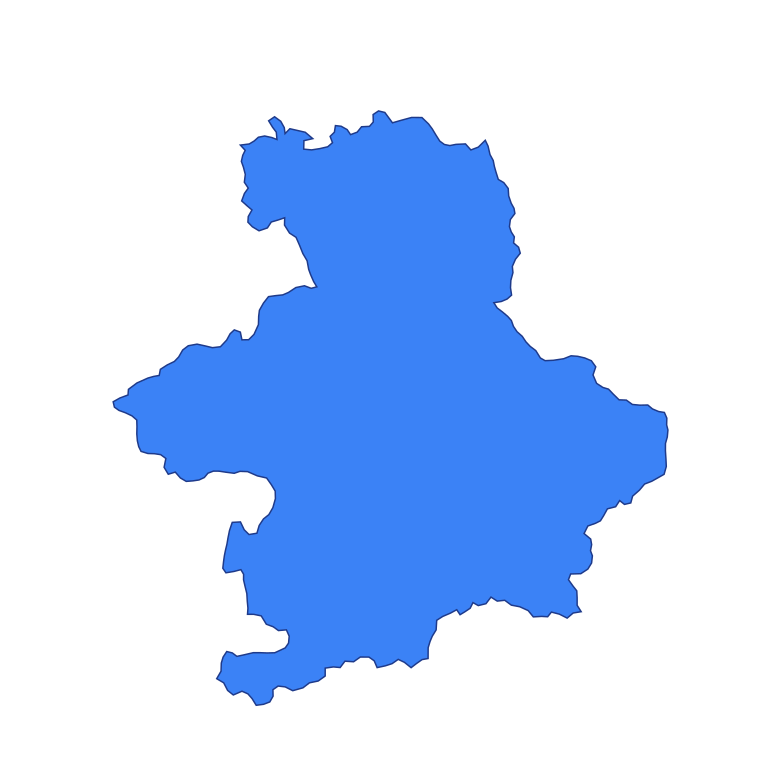 Lavras, Minas Gerais, Brazil (orthographic projection), rotated 257°
{"feature_id": "56859067B96133552143909", "entity_name": "Lavras", "entity_type": "district", "adm_level": 2, "iso_a3": "BRA", "parent_name": "Brazil", "parent_adm1": "Minas Gerais", "projection": "orthographic", "projection_center": [-45.035, -21.263], "detail": "fine", "context": "isolated", "style": "filled", "palette": "blue", "viewbox_px": 768, "rotation_deg": 257, "n_neighbors": 0, "source": "geoboundaries", "source_scale": "gbopen_adm2", "svg_char_len": 4488}
<svg xmlns="http://www.w3.org/2000/svg" viewBox="0 0 768 768"><g transform="rotate(257 384 384)"><path d="M268.6,648.1L275.3,650.3L280.6,650.2L287.1,651.9L293.2,650.8L295.4,645.4L299.3,640.0L304.2,636.3L305.8,628.6L308.2,621.4L313.8,616.5L315.7,609.5L322.9,604.9L328.5,601.6L331.4,596.5L336.8,591.3L345.8,589.7L353.1,594.2L360.0,591.3L364.2,585.5L367.4,579.0L369.4,572.6L368.2,564.7L369.0,554.4L370.5,546.2L374.2,542.2L382.4,539.4L387.8,534.9L393.1,531.8L399.4,529.4L405.0,525.4L411.0,523.1L417.2,522.4L422.1,519.7L427.7,515.5L432.6,511.4L438.5,509.3L438.0,516.9L439.1,523.1L441.9,528.3L449.3,528.9L456.4,530.9L463.5,534.7L469.7,535.5L476.0,540.2L480.8,546.2L487.0,545.9L492.3,542.0L498.1,544.1L503.5,542.2L509.1,541.6L515.8,544.1L520.7,549.9L525.9,550.2L531.5,548.6L539.2,547.8L546.6,549.0L553.3,546.0L557.6,541.4L565.2,540.8L571.2,540.5L577.2,540.7L583.7,538.9L592.4,538.9L598.7,537.5L593.6,529.2L592.5,521.3L599.6,517.4L601.3,508.0L601.5,501.8L603.8,496.7L608.1,493.0L614.9,490.6L621.7,488.4L627.4,485.9L635.1,480.9L637.5,470.9L637.1,460.5L636.6,451.0L648.4,445.9L651.3,440.1L649.0,434.0L641.7,432.5L638.3,427.8L639.7,420.0L635.4,414.5L634.5,407.5L640.2,405.3L644.8,400.2L646.7,394.8L640.5,392.3L637.4,387.2L630.7,388.1L627.8,382.5L627.8,374.3L628.4,366.1L630.9,358.6L639.1,360.7L639.1,369.8L647.0,363.9L651.0,355.7L653.9,349.7L650.2,343.9L656.2,344.5L663.2,342.5L669.0,337.5L666.4,330.8L659.2,333.2L653.6,335.7L646.3,334.7L649.4,330.1L652.5,323.5L652.7,317.1L650.0,312.2L648.2,306.7L649.1,297.8L642.9,301.3L638.6,297.8L633.0,295.1L626.8,295.8L619.4,296.0L612.0,293.3L605.4,295.8L601.1,290.9L594.4,286.5L588.1,290.9L583.3,294.5L577.7,289.4L572.3,287.8L566.8,291.1L561.4,296.7L562.3,305.5L567.2,310.6L567.6,317.3L568.3,324.6L561.2,322.8L552.3,325.9L546.7,331.3L538.2,332.9L529.3,334.3L521.4,336.8L512.6,336.4L507.0,337.1L499.6,338.5L493.8,340.4L493.6,334.6L497.6,328.6L497.8,319.8L494.7,311.5L493.6,305.4L494.5,298.1L495.1,291.1L489.9,284.7L483.9,279.2L478.1,277.1L470.1,275.0L461.6,268.5L457.6,262.1L459.0,255.5L466.9,255.7L470.4,250.3L467.6,245.4L462.2,240.6L457.1,233.0L458.0,225.0L461.3,218.4L464.9,210.8L465.3,201.9L462.4,195.5L456.5,190.0L453.1,184.8L451.4,177.2L448.6,169.4L442.9,166.9L443.2,161.2L442.9,155.3L440.6,143.5L436.3,133.8L430.9,132.1L429.8,123.6L427.6,116.1L422.1,116.1L417.9,119.8L414.2,125.5L409.6,131.3L404.5,135.0L398.0,133.7L390.9,131.9L384.1,130.9L378.1,130.9L373.0,132.1L369.4,138.3L367.7,144.7L365.4,150.5L360.5,154.7L352.3,151.0L344.6,153.5L345.1,160.8L338.2,164.5L333.6,169.4L332.6,176.0L332.1,182.2L333.3,187.9L336.7,192.4L337.5,198.2L336.2,203.6L333.5,210.4L330.7,218.0L331.3,224.0L329.3,231.4L323.0,239.9L318.8,248.5L311.2,251.6L304.1,253.9L296.7,252.4L288.5,247.9L282.6,242.4L279.7,236.3L274.3,230.6L267.2,226.6L267.7,218.6L273.4,215.0L281.9,213.1L283.3,205.0L276.0,200.5L269.2,197.4L263.2,194.9L257.8,192.2L252.5,189.8L247.0,187.7L240.7,185.5L235.6,187.5L235.1,195.6L235.3,202.8L230.2,204.4L224.8,203.1L218.1,203.1L210.6,203.2L203.0,201.9L196.2,201.0L190.3,199.2L188.9,205.2L185.7,212.2L176.4,215.3L172.4,221.4L167.5,225.7L166.4,233.6L159.6,234.9L153.0,232.7L149.1,228.4L147.9,222.9L146.7,217.1L148.2,209.7L150.1,202.7L151.6,196.2L151.6,185.6L151.7,179.4L156.1,175.7L158.7,170.6L154.1,165.8L148.7,162.7L140.8,160.6L134.5,154.7L128.9,160.6L120.6,162.7L114.9,167.2L116.6,176.5L112.7,181.7L107.1,184.7L99.7,187.2L99.0,194.6L99.9,201.2L104.8,205.7L111.1,207.0L113.5,212.9L111.1,219.6L105.7,226.1L106.2,236.7L109.6,244.1L109.4,253.1L112.7,261.0L120.4,262.8L119.7,271.1L117.6,277.5L122.7,283.6L120.2,291.9L123.3,299.5L121.3,307.9L116.5,312.2L109.2,313.5L109.1,321.9L109.7,329.0L112.5,335.9L108.2,341.3L101.5,346.6L104.3,352.7L106.9,359.1L106.6,365.2L117.1,367.7L122.7,370.9L127.4,374.3L132.7,379.5L141.9,382.2L144.3,388.9L145.8,397.2L147.7,404.1L142.1,406.2L143.8,411.4L146.1,417.5L151.0,421.5L146.9,426.0L147.0,433.9L152.3,440.3L147.0,445.5L146.1,453.0L139.9,458.3L136.4,466.2L130.8,473.5L123.5,477.1L122.1,485.3L120.4,491.1L124.1,495.8L120.3,503.1L114.7,509.8L118.3,516.8L117.8,524.9L124.9,522.4L132.3,524.1L139.1,525.3L144.4,522.8L151.8,519.7L156.9,523.1L154.9,533.1L157.8,541.0L162.9,546.0L169.7,548.4L175.1,547.7L180.8,550.2L186.4,550.5L193.3,545.3L199.8,550.7L200.7,558.7L202.0,564.1L206.3,568.4L212.1,573.6L212.3,582.1L217.4,587.4L212.6,591.2L212.6,597.7L218.8,601.0L223.1,609.0L227.9,615.4L229.0,623.0L231.1,630.2L233.0,636.6L240.1,640.5L247.2,641.8L255.7,643.2L262.8,644.9L268.6,648.1Z" fill="#3b82f6" stroke="#1e3a8a" stroke-width="1.5"/></g></svg>